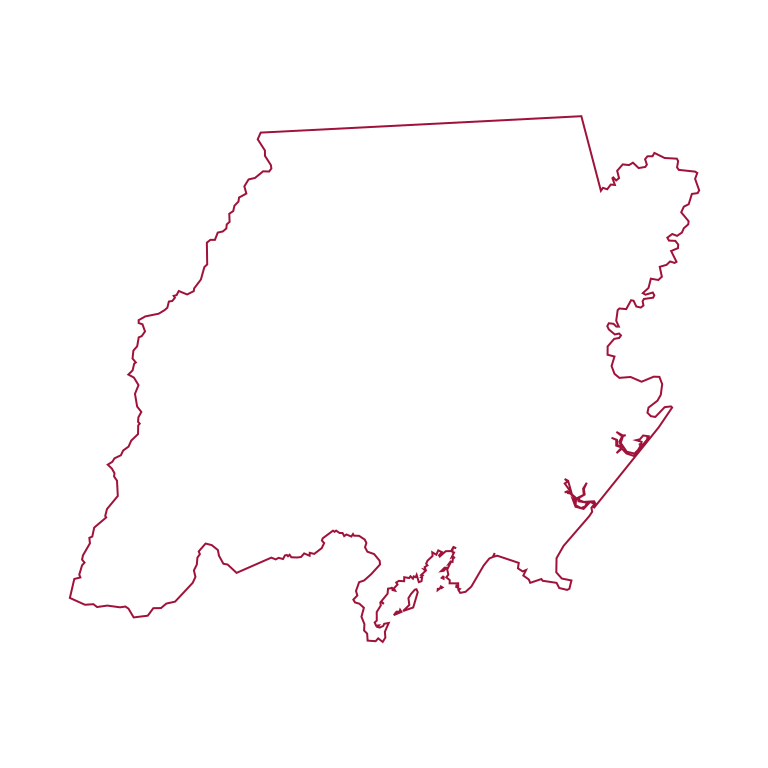 outline of Changuinola, Bocas del Toro, Panama, rotated 87°
{"feature_id": "35544464B1778139424471", "entity_name": "Changuinola", "entity_type": "district", "adm_level": 2, "iso_a3": "PAN", "parent_name": "Panama", "parent_adm1": "Bocas del Toro", "projection": "orthographic", "projection_center": [-82.488, 9.215], "detail": "fine", "context": "isolated", "style": "outline", "palette": "rose", "viewbox_px": 768, "rotation_deg": 87, "n_neighbors": 0, "source": "geoboundaries", "source_scale": "gbopen_adm2", "svg_char_len": 6142}
<svg xmlns="http://www.w3.org/2000/svg" viewBox="0 0 768 768"><g transform="rotate(87 384 384)"><path d="M637.7,403.1L641.5,398.8L637.3,395.9L631.5,396.1L622.9,391.8L623.5,396.4L625.6,397.4L627.0,401.0L626.3,403.1L624.8,401.8L625.0,404.5L621.7,405.8L619.9,403.6L611.3,403.2L605.0,398.8L602.0,399.1L593.6,391.4L588.6,390.7L588.1,386.5L590.6,384.5L588.9,386.4L590.2,386.3L591.0,383.7L588.6,384.9L585.0,381.0L582.9,382.2L581.4,379.5L582.0,374.2L578.0,373.9L579.1,369.0L577.4,367.6L579.9,365.3L577.7,364.3L578.6,362.6L578.0,361.0L578.0,362.2L576.3,361.4L583.7,359.6L582.9,356.9L579.5,356.1L579.0,357.2L577.3,355.4L576.7,356.9L572.8,352.3L571.3,353.7L571.7,352.1L569.0,353.0L567.4,350.1L565.6,351.3L562.7,349.8L558.3,344.5L554.6,344.6L557.2,340.7L553.0,338.5L554.9,335.0L558.0,338.0L559.2,337.3L554.2,331.1L554.4,324.8L553.4,325.1L550.4,323.2L551.7,320.5L550.9,323.0L552.9,324.3L555.7,324.3L556.0,322.9L560.6,325.5L560.0,324.1L561.5,322.3L560.6,324.1L565.3,324.9L564.7,326.8L567.4,329.0L567.1,327.5L572.6,330.6L577.8,329.7L580.3,331.9L583.3,328.6L586.5,328.9L586.9,320.4L592.2,320.6L592.7,319.1L593.7,320.4L596.6,318.8L595.8,313.4L590.9,307.4L570.5,294.0L563.8,288.0L562.5,284.5L558.6,282.3L562.3,283.8L561.4,279.9L569.7,258.8L575.1,259.9L578.4,255.4L577.2,251.9L582.6,254.9L586.8,249.6L590.2,248.4L587.0,237.0L588.8,235.9L591.6,222.1L596.9,219.7L599.2,211.9L598.2,209.6L590.0,207.1L587.6,216.6L581.1,221.8L566.9,220.8L555.0,213.1L526.8,186.0L522.5,182.8L518.4,183.3L514.8,180.0L512.5,184.3L519.2,191.2L516.6,199.2L508.8,201.6L510.6,199.7L508.2,199.6L503.0,203.7L502.6,206.1L501.1,207.0L501.8,209.3L500.7,206.5L502.6,203.7L501.5,203.2L492.8,208.7L491.1,205.6L488.3,208.5L490.3,205.2L504.1,202.1L508.0,198.1L515.1,199.0L518.2,193.7L516.8,189.5L513.1,187.5L511.3,195.9L507.9,196.7L505.1,190.3L498.9,190.6L493.2,186.7L499.3,189.9L504.9,189.4L507.8,195.0L510.3,195.1L512.2,190.6L512.1,180.3L514.8,179.0L519.0,181.1L441.6,111.9L422.6,97.5L421.4,98.6L421.8,104.9L431.1,114.8L430.1,119.2L426.5,122.4L421.4,121.1L415.0,111.8L409.4,108.2L398.7,106.2L391.3,108.6L390.8,114.2L395.2,126.7L389.9,137.4L390.2,148.6L385.9,153.3L378.0,155.8L368.6,152.4L366.5,159.2L358.2,158.7L351.0,151.8L350.3,146.7L347.9,144.8L345.9,146.6L346.6,150.9L341.3,156.6L337.9,158.0L335.1,156.3L335.9,151.6L338.8,149.0L339.0,146.5L333.0,148.8L322.5,146.8L320.9,145.0L321.9,138.2L313.3,132.9L313.9,130.4L319.8,128.0L321.1,123.6L319.2,120.8L314.9,121.4L312.7,120.0L311.9,110.7L309.6,109.4L306.7,110.8L308.5,118.2L306.8,120.8L301.9,114.8L292.8,112.0L294.5,104.6L291.4,100.9L281.4,102.5L279.8,95.6L276.6,91.9L278.3,87.5L277.3,85.5L266.2,90.3L263.7,83.3L260.1,82.9L256.3,85.6L255.7,91.9L252.7,93.4L249.3,88.3L251.4,83.6L248.4,78.6L244.1,76.4L240.5,71.8L237.4,71.3L228.1,78.2L222.6,75.3L220.4,70.3L210.3,66.6L209.8,60.8L207.1,59.1L195.4,62.6L189.7,60.1L188.2,62.2L185.6,78.4L183.0,80.0L176.8,78.6L174.3,79.8L173.0,91.9L167.4,101.9L170.6,103.9L170.4,109.0L173.2,111.5L178.7,110.0L180.9,111.7L181.7,118.4L176.0,123.8L178.2,127.8L177.2,134.1L183.3,140.0L190.7,138.5L192.9,141.5L189.7,144.2L190.4,145.1L197.3,143.0L196.7,147.1L201.2,150.9L199.6,155.1L202.4,157.3L126.9,172.9L126.5,494.0L133.0,497.3L144.6,490.7L150.0,490.9L159.5,485.5L162.9,485.2L165.8,487.6L165.3,493.6L171.5,502.1L172.6,508.5L179.3,513.1L186.6,511.5L190.2,519.0L194.2,519.8L198.1,524.0L203.4,525.5L205.9,529.6L214.0,529.7L216.4,532.7L220.4,533.3L223.2,536.9L224.1,542.1L231.2,545.3L231.0,549.9L233.6,553.5L255.3,554.3L257.9,557.3L270.1,561.4L278.6,568.6L281.3,569.1L284.3,575.9L280.4,584.1L284.4,586.5L285.0,589.4L286.9,588.3L290.0,591.1L290.4,594.5L296.5,596.4L298.7,599.2L302.0,605.3L304.0,618.8L307.4,625.7L310.3,625.8L311.7,622.1L319.0,619.9L323.5,623.4L324.6,626.5L333.4,628.5L337.5,632.5L345.4,633.8L349.5,630.7L350.6,632.4L357.2,634.3L361.2,638.8L364.5,633.4L372.3,629.2L380.8,633.2L393.6,631.7L399.2,627.8L404.4,631.0L408.9,631.6L410.8,630.0L412.5,631.6L421.2,632.3L427.3,639.4L433.2,642.4L436.7,647.9L441.4,650.5L444.1,657.0L447.5,659.4L450.1,664.1L454.2,660.2L459.0,657.8L462.2,658.4L466.6,655.7L481.9,655.7L494.4,667.2L501.2,669.3L502.7,668.4L512.2,680.9L521.1,683.3L522.2,686.3L527.7,686.0L539.4,693.6L543.6,694.7L546.7,692.4L549.2,695.0L558.5,698.3L561.3,697.3L562.5,703.5L581.2,708.9L588.8,694.2L588.7,685.7L591.7,682.2L590.8,671.9L593.2,659.3L592.7,653.9L595.0,650.9L604.0,646.2L603.0,632.0L595.8,626.1L596.1,618.4L591.9,612.9L590.4,604.0L572.5,585.4L566.8,582.4L560.2,583.6L554.6,580.4L547.6,579.4L544.3,576.8L541.5,577.8L534.0,570.5L535.9,564.4L541.1,558.6L546.8,557.8L555.1,553.8L556.1,549.6L564.9,541.1L551.5,505.6L553.5,501.3L552.1,498.4L553.5,494.0L550.0,491.9L549.7,489.9L551.0,488.9L549.6,487.2L552.2,485.6L552.7,479.6L552.4,475.9L549.0,472.6L551.6,467.3L548.7,467.0L550.0,462.6L544.7,454.8L539.7,452.1L537.1,454.2L534.9,453.3L527.8,442.6L529.0,441.1L527.9,439.5L530.5,436.1L530.6,433.2L533.8,431.7L532.3,429.4L534.6,424.6L532.2,422.8L533.9,421.9L534.3,416.9L538.3,411.4L541.8,409.9L546.0,411.5L550.6,409.4L553.3,402.8L560.3,397.6L564.0,397.4L573.4,406.9L579.2,414.2L580.6,419.2L589.2,422.8L593.8,421.7L597.7,425.9L600.6,424.4L602.1,420.1L606.4,415.8L615.3,418.7L622.8,416.1L629.1,416.8L632.4,413.9L639.4,413.8L640.4,405.8L637.7,403.1ZM449.6,159.6L452.0,154.3L457.4,154.0L458.4,152.3L457.9,150.8L453.7,151.9L448.8,148.9L444.0,154.4L447.9,148.2L447.8,145.3L448.5,148.0L455.2,150.7L464.3,145.2L466.6,137.5L463.1,133.7L458.1,130.4L457.8,132.6L457.2,130.2L455.2,129.8L453.3,135.1L452.6,131.3L449.0,127.9L450.0,122.7L451.2,123.6L451.3,122.4L468.9,138.3L466.1,145.5L461.0,149.8L465.2,155.4L459.9,149.9L457.7,155.3L451.9,155.0L449.6,159.6ZM593.6,361.2L590.7,362.3L591.0,364.0L595.1,368.0L599.1,370.8L606.0,370.3L611.7,376.8L608.7,366.5L593.6,361.2ZM615.3,386.3L612.5,378.5L610.4,379.7L612.2,380.3L612.0,383.4L615.3,386.3ZM570.8,331.1L570.6,333.1L573.9,336.8L573.7,334.2L570.8,331.1ZM581.6,334.7L579.8,334.5L579.4,335.1L580.6,336.5L581.6,334.7ZM601.2,397.8L603.0,396.6L603.5,395.7L601.2,397.8ZM590.6,338.6L590.9,337.4L590.2,336.2L589.1,337.8L590.6,338.6ZM591.4,341.0L592.7,341.2L591.4,339.3L591.4,341.0ZM591.2,322.7L589.9,321.5L589.2,322.2L591.2,322.7Z" fill="none" stroke="#9f1239" stroke-width="2"/></g></svg>